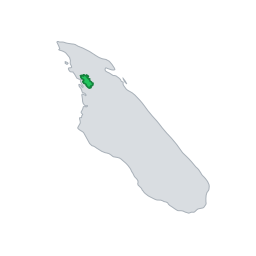 Antsohihy, Sofia, Madagascar shown in context, rotated 306°
{"feature_id": "10022922B54557741887580", "entity_name": "Antsohihy", "entity_type": "district", "adm_level": 2, "iso_a3": "MDG", "parent_name": "Madagascar", "parent_adm1": "Sofia", "projection": "equal_earth", "projection_center": [48.096, -14.972], "detail": "fine", "context": "in_parent", "style": "filled", "palette": "green", "viewbox_px": 256, "rotation_deg": 306, "n_neighbors": 0, "source": "geoboundaries", "source_scale": "gbopen_adm2", "svg_char_len": 5751}
<svg xmlns="http://www.w3.org/2000/svg" viewBox="0 0 256 256"><g transform="rotate(306 128 128)"><path d="M159.7,25.7L160.2,27.4L160.9,29.1L162.9,33.0L163.8,34.5L164.5,36.2L164.8,39.4L166.1,44.4L167.3,51.9L167.7,59.6L168.0,63.1L168.9,66.5L170.5,69.9L171.0,73.7L170.0,77.7L168.6,81.4L168.3,82.1L167.6,83.0L167.3,83.0L166.2,82.0L165.4,80.5L164.2,76.8L163.8,74.9L163.4,74.6L162.1,74.8L161.1,75.9L160.9,76.7L161.1,78.7L161.5,80.6L161.6,82.5L161.7,84.9L162.0,85.6L162.5,86.2L163.1,87.8L163.1,91.5L162.8,93.4L161.9,95.0L161.9,95.9L162.3,96.8L161.9,97.4L160.7,98.1L160.2,98.7L159.5,100.3L158.4,103.7L158.3,105.4L158.9,110.6L158.7,114.3L157.4,121.3L156.6,124.6L155.4,128.6L153.7,133.9L152.0,140.5L150.6,147.2L149.5,151.3L148.3,155.3L146.6,162.3L145.2,169.5L143.2,177.3L140.3,186.0L140.0,187.2L139.4,191.6L138.8,195.5L138.0,199.3L136.4,205.6L136.2,207.6L135.9,209.4L134.4,213.4L133.7,214.8L133.3,216.4L133.0,218.4L132.6,220.3L131.5,223.8L129.8,226.8L128.7,227.9L126.2,229.4L125.0,229.8L122.2,229.8L119.6,230.7L116.8,232.4L114.1,234.4L113.1,235.4L112.0,235.9L108.5,236.0L107.4,235.6L103.8,232.3L102.5,231.8L99.9,231.3L99.1,231.1L98.4,230.6L97.3,228.9L95.2,227.5L94.7,227.0L94.4,226.0L94.1,225.0L93.6,223.8L93.2,221.5L92.5,219.9L90.5,217.0L90.3,216.1L90.1,213.1L90.1,211.1L89.9,207.3L90.1,205.6L90.8,204.0L90.5,202.3L89.7,200.5L89.4,198.6L88.9,196.9L86.8,193.8L86.3,192.3L86.0,190.8L85.2,185.9L85.0,184.2L85.1,180.6L85.4,178.7L85.9,177.4L86.0,176.5L86.3,175.6L86.8,175.0L87.1,174.2L87.8,169.6L88.7,168.6L90.1,168.0L91.3,166.8L91.9,165.1L92.5,161.8L94.3,158.4L94.9,156.7L96.4,154.0L97.6,150.3L98.0,148.5L98.3,146.7L98.6,142.8L98.8,140.8L98.7,138.8L98.0,136.8L96.2,133.2L96.1,132.5L96.2,129.8L96.1,127.8L95.4,125.8L94.6,124.0L93.7,120.5L93.3,114.8L93.3,112.8L93.1,110.9L92.5,109.2L92.9,106.1L98.1,95.0L98.3,93.7L98.0,90.3L98.1,88.3L98.3,87.6L98.7,87.2L99.6,87.0L103.9,86.5L104.5,86.1L105.5,85.2L107.0,83.4L107.7,82.9L108.2,83.1L108.6,83.8L109.1,84.3L110.8,83.4L111.5,83.4L112.2,83.5L112.5,82.8L112.7,81.8L112.9,81.1L113.4,80.7L115.6,80.4L117.0,80.1L118.9,79.4L119.3,79.6L120.8,82.1L121.2,82.3L121.8,82.4L122.3,82.0L121.1,80.6L120.9,79.9L121.0,79.0L121.6,77.2L122.7,75.8L125.1,73.7L127.6,71.2L128.3,71.0L128.9,71.4L129.4,74.3L129.3,74.8L129.7,74.9L130.2,74.5L130.6,73.3L130.6,72.4L130.3,71.4L130.1,70.6L130.1,69.9L131.4,68.2L132.4,66.5L132.8,64.6L133.2,63.7L134.3,62.7L134.6,62.8L134.8,63.7L135.0,64.5L134.7,65.4L134.3,66.3L134.2,67.4L134.8,67.6L135.3,67.3L136.1,65.3L137.1,63.3L137.6,62.3L138.3,61.6L139.5,61.7L140.6,62.2L138.8,60.1L138.3,57.3L140.5,52.3L140.5,51.3L140.8,51.0L141.0,50.6L139.9,48.9L139.6,48.1L139.8,46.9L140.3,45.8L140.8,45.0L141.5,44.7L142.1,45.1L143.3,46.5L144.1,46.7L145.1,45.4L145.9,43.7L147.2,42.6L148.6,41.9L150.7,39.3L152.1,33.9L152.2,32.4L151.9,30.4L151.4,28.6L150.6,26.4L150.8,25.9L151.9,26.2L152.3,25.8L153.6,23.8L155.7,20.0L156.4,20.0L157.0,20.7L157.2,21.8L157.6,22.5L159.0,24.4L159.7,25.7ZM145.2,40.9L145.2,41.5L143.6,41.3L143.4,39.2L144.1,39.1L144.3,38.3L144.8,38.2L145.3,40.0L145.2,40.9ZM164.3,98.2L162.9,101.2L163.3,98.7L164.9,95.2L165.3,94.9L164.3,98.2Z" fill="#d9dde1" stroke="#a8b0b8" stroke-width="1"/><path d="M141.5,74.6L141.6,74.4L141.8,74.4L141.9,74.2L142.0,74.1L142.3,73.9L142.4,73.7L142.5,73.7L142.8,73.6L142.9,73.8L143.0,73.7L143.3,73.6L143.5,73.6L143.7,73.2L143.4,73.0L143.5,72.9L143.4,72.7L143.3,72.4L143.3,72.2L143.5,72.0L143.5,71.9L143.6,71.7L143.8,71.4L143.8,71.2L143.8,70.9L143.7,70.6L143.7,70.4L143.7,70.1L143.7,69.9L143.8,69.7L143.7,69.6L143.8,69.5L143.9,69.4L144.0,69.3L144.0,69.2L144.1,68.9L144.4,68.7L144.5,68.5L144.6,68.4L144.7,68.2L144.8,68.2L144.8,68.3L145.0,68.3L145.2,68.2L145.1,67.8L145.0,67.6L144.9,67.5L144.7,67.6L144.6,67.3L144.5,67.2L144.6,66.9L144.6,66.7L144.8,66.4L144.7,66.4L144.7,66.2L144.6,65.9L144.5,65.6L144.6,65.8L144.7,65.7L144.8,65.4L144.8,65.2L145.0,65.0L145.2,64.9L145.3,64.9L145.4,65.0L145.5,64.9L145.5,65.0L145.7,65.3L145.8,65.4L145.8,65.5L146.0,65.6L146.2,65.8L146.3,65.8L146.4,65.7L146.6,65.5L146.6,65.4L146.7,65.1L146.7,64.2L146.6,63.6L146.3,63.8L146.0,64.0L145.9,63.9L145.8,63.7L145.7,63.5L145.6,63.4L145.4,63.2L145.2,63.0L145.1,62.8L145.1,62.7L145.4,62.3L145.4,62.2L145.4,61.9L145.3,61.5L145.2,61.4L145.2,61.2L145.1,60.9L144.9,60.7L144.6,60.8L144.5,61.0L144.4,60.9L144.4,61.1L144.3,61.3L144.2,61.3L143.9,61.3L143.7,61.3L143.7,61.2L143.8,61.0L143.8,60.5L143.7,60.1L143.6,59.9L143.6,59.7L143.2,59.5L143.3,59.7L143.3,59.8L143.2,59.9L143.0,59.7L142.9,59.5L142.7,59.8L142.6,59.7L142.5,59.4L142.4,59.5L142.2,59.5L142.2,59.8L142.2,60.0L141.8,60.2L141.7,60.1L141.6,59.9L141.6,59.7L141.5,59.8L141.4,60.0L141.2,60.1L141.1,60.3L141.1,60.5L141.2,60.8L141.0,61.0L140.9,61.2L140.8,61.3L140.8,61.7L140.8,61.8L141.0,62.1L141.0,62.3L141.0,62.5L141.0,62.8L141.1,63.3L141.1,63.5L140.9,64.0L140.6,64.2L140.5,64.3L140.4,64.3L140.2,64.4L139.9,64.2L139.7,64.2L139.6,64.3L139.5,64.2L139.4,64.0L139.2,64.1L138.9,64.1L138.8,64.3L138.7,64.3L138.6,64.5L138.6,65.0L138.6,65.3L138.5,65.5L138.4,65.6L138.4,65.8L138.2,65.9L138.2,66.0L138.3,66.2L138.3,66.3L138.5,66.4L138.5,66.6L138.6,66.8L138.6,67.0L138.5,67.3L138.5,67.5L138.7,67.8L138.7,68.1L138.6,68.4L138.6,68.6L138.4,68.6L138.2,68.7L138.0,68.8L138.0,69.1L138.0,69.3L137.9,69.5L137.9,69.4L137.9,69.6L137.7,69.7L137.7,69.9L137.7,70.0L137.6,70.3L137.7,70.5L137.7,70.8L137.5,71.0L137.5,71.3L137.5,71.5L137.4,71.5L137.4,71.9L137.4,72.1L137.3,72.4L137.3,72.5L137.4,72.9L137.5,73.0L137.5,73.3L137.8,73.5L138.0,73.8L138.3,74.0L138.5,74.1L138.5,73.9L138.6,73.7L138.8,73.5L138.9,73.4L139.1,73.3L139.2,73.2L139.3,73.3L139.5,73.3L139.6,73.5L139.6,73.8L139.6,74.0L139.8,73.9L139.9,73.7L140.0,73.7L140.3,73.6L140.4,73.4L140.5,73.5L140.8,73.7L141.0,73.9L141.1,74.0L141.3,74.2L141.3,74.3L141.5,74.5L141.5,74.6Z" fill="#22c55e" stroke="#15803d" stroke-width="1.5"/></g></svg>